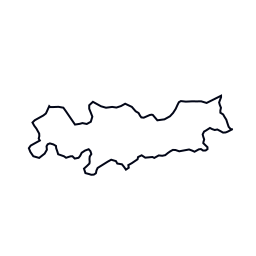 Yeongwol-gun, Gangwon, South Korea, rotated 331°
{"feature_id": "91817680B79863718076959", "entity_name": "Yeongwol-gun", "entity_type": "district", "adm_level": 2, "iso_a3": "KOR", "parent_name": "South Korea", "parent_adm1": "Gangwon", "projection": "mercator", "projection_center": [128.504, 37.208], "detail": "fine", "context": "isolated", "style": "outline", "palette": "ink", "viewbox_px": 256, "rotation_deg": 331, "n_neighbors": 0, "source": "geoboundaries", "source_scale": "gbopen_adm2", "svg_char_len": 2062}
<svg xmlns="http://www.w3.org/2000/svg" viewBox="0 0 256 256"><g transform="rotate(331 128 128)"><path d="M225.0,144.9L208.9,144.2L204.9,140.1L201.1,138.1L197.1,135.8L191.4,133.0L187.3,130.1L185.0,130.1L182.5,131.8L179.0,134.4L174.7,136.7L170.4,138.1L164.1,138.1L157.4,135.5L156.0,128.6L155.1,127.8L153.4,127.2L146.8,126.6L144.8,125.2L144.5,123.2L144.5,120.0L142.8,117.1L141.6,111.4L137.3,105.4L132.4,105.4L127.8,104.5L124.4,101.9L118.6,99.6L114.9,95.9L110.0,88.1L105.1,89.3L103.4,92.4L102.8,97.3L102.3,100.8L98.5,104.5L93.9,104.5L90.5,101.6L87.9,101.0L83.3,99.3L81.8,83.2L81.3,78.9L77.5,75.8L72.9,73.5L70.1,72.0L69.7,70.7L64.9,74.3L63.2,75.5L60.0,76.0L56.5,76.0L50.2,76.0L47.1,76.9L47.1,80.6L47.6,84.1L47.6,89.8L46.5,92.1L44.8,93.9L44.8,96.2L37.6,96.2L34.4,96.2L31.5,97.6L31.0,101.6L31.5,106.8L35.8,111.1L42.7,110.0L46.5,107.7L47.9,104.5L49.9,103.3L52.2,103.6L54.8,106.2L56.3,108.8L55.4,110.8L54.8,114.3L54.2,117.1L58.3,121.7L59.4,124.0L64.0,124.9L65.7,125.8L66.6,128.9L70.3,130.1L72.6,129.2L75.5,127.2L79.5,126.9L83.3,127.5L83.9,130.1L83.3,133.0L80.7,134.4L79.3,136.4L78.1,139.0L77.0,140.4L73.8,141.3L69.8,142.2L68.9,146.8L71.8,149.6L73.2,151.1L75.5,152.2L77.9,152.0L78.1,151.9L79.8,149.9L82.1,148.2L88.2,147.9L93.9,147.6L97.9,147.6L101.4,151.1L101.4,153.9L105.1,156.8L105.7,160.3L106.0,163.4L109.4,163.1L110.3,160.6L114.3,160.6L121.2,160.0L122.7,158.3L126.7,158.5L128.7,162.3L135.3,165.2L136.5,166.9L139.9,166.9L141.6,166.9L144.5,168.9L147.4,169.8L150.8,169.2L153.7,168.9L156.6,168.9L158.9,170.3L161.5,173.2L171.0,176.4L173.0,178.7L174.2,180.3L174.7,181.0L179.6,181.0L181.6,181.8L182.7,184.1L185.0,185.3L187.3,185.0L188.2,183.3L187.3,180.4L186.5,177.8L187.1,176.9L189.1,174.9L189.6,172.1L190.2,169.8L192.8,168.0L194.8,168.0L199.7,167.7L201.1,169.8L202.9,171.8L205.4,172.6L207.5,175.8L208.9,178.1L211.2,179.2L213.2,179.5L219.0,179.7L217.3,178.9L216.6,175.8L217.3,171.9L218.0,168.4L217.8,164.6L217.8,162.3L216.2,159.4L217.3,157.4L219.1,155.4L219.5,152.2L220.1,149.8L221.7,148.4L224.3,146.2L225.0,144.9Z" fill="none" stroke="#020617" stroke-width="2"/></g></svg>